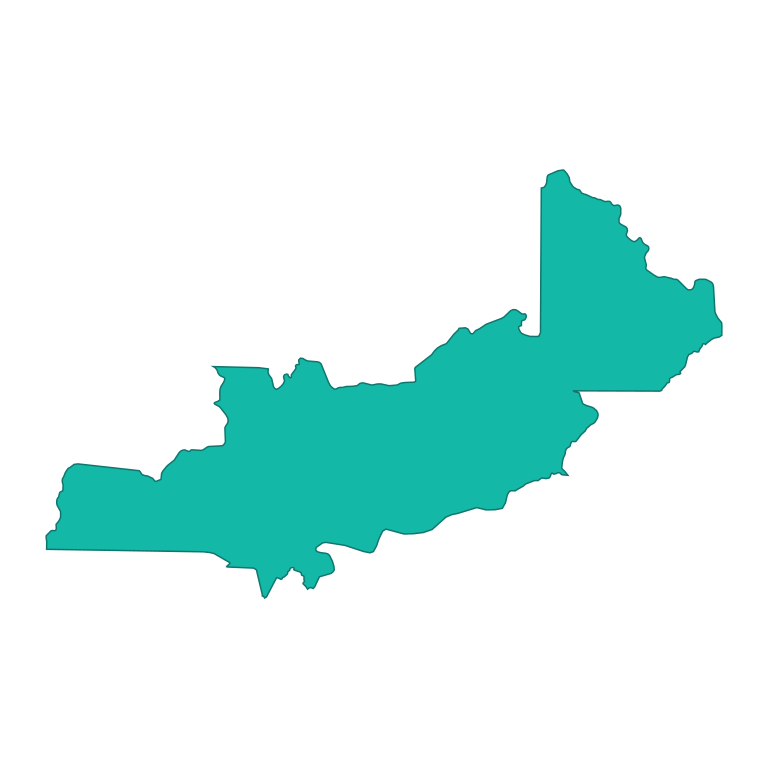 outline of Central
{"feature_id": "ZMB-516", "entity_name": "Central", "entity_type": "Province", "adm_level": 1, "iso_a3": "ZMB", "parent_name": "Zambia", "parent_adm1": "", "projection": "orthographic", "projection_center": [28.771, -13.872], "detail": "fine", "context": "isolated", "style": "filled", "palette": "teal", "viewbox_px": 768, "rotation_deg": 0, "n_neighbors": 0, "source": "natural_earth", "source_scale": "10m", "svg_char_len": 6086}
<svg xmlns="http://www.w3.org/2000/svg" viewBox="0 0 768 768"><path d="M537.1,336.5L538.8,336.2L540.5,332.6L541.3,188.0L543.9,187.4L544.7,186.6L545.7,185.1L546.6,182.8L547.2,177.0L547.6,175.8L548.4,174.9L557.9,170.8L562.9,170.0L563.5,170.0L564.2,170.5L567.1,173.9L569.2,177.6L569.9,182.0L573.1,186.8L576.6,189.1L579.6,190.0L581.7,193.1L584.2,194.1L586.2,194.6L592.3,197.5L595.1,198.0L597.8,199.4L600.4,199.6L604.0,201.3L605.8,201.6L607.7,201.3L609.7,201.4L610.8,202.4L612.0,204.4L613.7,205.5L614.4,205.6L617.5,205.0L618.8,205.3L620.0,206.2L620.8,208.4L620.7,214.3L620.3,215.7L619.0,218.5L619.0,221.8L619.4,222.9L620.6,224.1L625.9,227.0L627.1,228.5L627.5,230.9L626.4,234.0L626.4,235.9L628.5,238.2L631.6,240.7L634.2,241.8L636.7,240.5L639.0,238.0L640.0,237.7L641.1,238.5L642.5,242.0L643.3,243.2L645.4,244.8L647.5,245.8L648.5,246.8L648.8,247.9L648.7,249.5L648.2,250.7L646.0,253.3L644.4,257.3L646.3,265.0L645.8,268.4L646.1,269.3L646.9,270.1L653.7,274.9L657.9,277.3L659.9,277.4L664.2,276.7L671.0,278.2L674.0,279.3L676.9,279.4L678.3,280.5L686.5,288.7L688.0,289.8L690.8,289.8L692.3,289.1L693.4,287.7L694.5,285.0L695.0,281.4L695.8,280.6L699.1,279.3L704.7,279.3L706.1,279.5L710.5,281.7L712.0,282.8L712.4,283.3L713.1,284.8L713.5,286.6L714.9,311.5L715.6,313.7L717.7,317.9L721.6,322.6L721.9,325.8L721.8,335.3L719.3,337.0L714.0,338.1L711.5,339.5L707.0,343.0L705.5,344.5L704.7,343.9L703.7,343.7L702.8,344.0L701.9,346.4L699.8,349.0L698.7,351.8L697.2,352.0L694.3,351.3L693.3,351.7L691.9,353.3L688.9,354.6L687.5,356.8L685.5,365.1L684.8,366.7L680.0,371.7L680.6,373.5L679.4,374.3L676.2,374.7L672.0,377.4L670.5,377.8L669.6,378.7L669.6,380.5L669.2,382.4L666.7,383.2L666.7,383.7L664.8,386.3L662.2,388.9L661.7,390.3L660.6,390.9L659.5,391.1L573.5,390.8L573.5,391.2L574.5,391.7L578.6,392.6L579.2,393.0L582.6,403.3L583.1,404.0L586.6,405.6L591.8,407.2L593.5,408.0L596.5,410.6L597.8,413.1L598.1,415.0L597.8,416.8L597.3,418.3L594.8,422.3L593.6,423.3L590.7,424.8L588.2,427.1L586.7,428.1L585.3,430.9L581.3,434.5L576.1,441.2L574.9,441.7L572.8,441.4L571.7,441.7L570.8,443.5L570.1,446.0L569.5,446.7L567.4,447.9L566.2,449.1L565.5,451.1L565.2,453.6L564.5,455.6L563.3,457.9L562.4,462.1L561.7,467.9L562.3,469.1L564.6,471.2L567.9,475.3L562.3,474.8L561.2,474.3L560.2,473.1L559.1,472.7L557.7,472.8L555.8,473.7L553.7,474.2L552.2,473.1L551.7,473.3L551.1,474.1L550.0,476.9L549.3,477.8L548.7,478.1L546.0,478.6L542.3,478.0L541.5,478.1L538.1,480.6L534.4,480.6L525.6,484.0L523.4,486.0L516.9,489.7L515.4,490.8L511.1,490.7L509.3,491.6L507.8,493.9L507.2,495.3L505.5,502.7L502.4,508.3L495.1,509.7L486.1,509.9L476.8,507.6L457.4,513.5L451.8,514.6L445.8,517.2L432.1,529.5L423.4,532.5L413.7,533.7L404.1,534.0L385.9,529.1L382.7,531.1L379.2,538.2L376.4,546.2L373.4,551.6L370.0,552.8L363.6,551.5L345.0,545.4L326.2,542.4L323.4,542.7L322.4,543.1L316.9,546.9L315.9,548.2L315.7,549.3L316.4,551.0L317.9,551.9L320.5,552.6L326.4,553.4L328.1,554.1L329.5,555.4L332.3,561.0L333.9,566.2L334.2,569.8L334.0,570.5L333.0,571.8L331.1,573.4L319.4,576.8L314.7,586.8L313.2,588.5L311.3,587.7L309.4,587.7L307.6,589.2L305.8,586.5L303.1,583.8L303.2,582.8L304.6,581.3L304.0,580.0L304.0,576.5L303.7,576.0L301.9,575.3L301.5,574.9L301.2,573.0L300.3,572.1L294.1,570.0L293.8,569.4L294.1,568.4L293.8,567.8L293.1,567.5L291.5,567.6L290.1,568.5L289.6,570.5L288.2,571.3L287.9,571.7L287.5,573.6L286.9,574.6L284.3,576.8L282.7,577.5L281.9,579.0L280.9,579.3L279.2,578.4L277.1,577.7L276.5,577.8L266.5,596.9L264.6,598.0L263.5,596.3L262.3,596.0L262.3,594.6L256.4,569.8L253.6,568.1L227.8,567.0L226.7,566.7L227.2,565.9L229.8,563.6L229.9,562.9L228.7,562.0L214.0,553.5L209.6,552.5L203.2,551.8L46.6,549.3L46.7,541.5L46.1,537.3L46.3,535.6L51.1,530.8L52.2,530.5L54.9,530.7L55.8,530.1L56.3,528.7L56.1,524.3L58.1,522.0L59.6,519.6L60.6,517.2L60.6,511.6L57.1,505.2L56.7,503.2L56.7,500.9L57.2,498.9L58.7,496.7L59.6,492.9L60.3,492.0L62.6,490.9L62.9,490.3L63.1,484.7L62.4,482.4L62.2,480.6L62.5,478.8L63.7,476.7L65.4,472.5L67.3,469.5L68.4,468.2L70.1,467.4L74.1,464.4L78.0,463.9L139.2,470.7L140.3,471.9L141.9,474.5L144.8,475.6L147.6,476.0L152.6,478.3L154.9,481.1L156.0,481.4L161.0,479.4L161.6,473.5L162.8,471.1L167.3,465.7L174.3,460.1L178.8,453.1L179.8,451.9L181.2,450.8L182.9,450.1L184.8,449.9L188.0,451.2L189.4,451.4L190.0,451.1L190.8,450.1L192.0,449.8L201.2,450.4L203.2,449.8L207.1,447.1L208.7,446.5L222.3,445.8L224.2,444.1L224.7,443.5L225.4,441.7L224.9,427.8L225.6,426.3L227.8,422.8L228.1,420.8L227.8,418.2L225.9,414.7L220.4,407.7L219.1,406.5L214.9,404.2L214.2,403.3L214.8,402.5L218.1,401.2L219.7,400.1L219.9,399.0L219.8,391.7L220.2,388.7L221.1,386.2L223.3,382.8L224.4,380.5L224.8,378.5L224.2,377.6L220.8,376.0L219.4,375.0L218.1,373.2L217.2,370.4L216.6,369.4L215.2,367.7L213.4,366.6L258.7,367.7L268.3,368.9L268.0,372.2L269.0,375.0L271.6,378.4L273.6,386.9L274.6,388.2L276.1,389.4L278.1,388.6L281.1,386.3L283.5,383.4L284.6,380.6L283.8,378.2L283.6,376.5L284.2,375.1L285.2,374.5L286.6,374.1L287.8,374.4L288.6,376.3L289.9,377.6L290.7,377.7L291.3,377.2L291.4,374.7L294.9,370.0L295.9,368.4L296.0,367.6L295.5,366.2L295.9,365.2L296.6,364.7L299.0,364.4L299.2,362.9L298.7,361.5L298.7,360.0L300.4,358.2L303.0,358.5L305.5,360.1L307.9,361.0L317.3,361.8L319.5,362.4L321.1,363.9L328.6,382.5L329.7,384.6L331.1,386.6L333.4,388.5L334.6,389.1L336.1,389.1L338.0,387.9L339.7,387.4L342.7,387.4L346.3,386.5L352.5,386.3L356.4,385.8L357.5,385.4L359.8,383.5L361.9,382.9L363.7,383.0L372.0,385.1L377.2,384.0L380.8,383.9L389.1,385.7L396.3,385.1L397.6,384.8L400.6,383.2L405.0,382.5L413.9,382.2L415.1,381.7L415.7,381.1L414.8,368.5L415.3,367.4L431.6,354.8L434.4,351.0L437.6,347.9L441.4,345.6L445.8,343.9L446.7,343.3L453.8,334.3L458.2,330.0L459.1,328.3L465.4,327.8L467.9,329.0L470.6,333.5L472.3,333.8L473.5,333.2L475.6,330.6L479.6,328.7L486.1,324.3L501.8,318.3L504.1,316.9L510.6,310.7L513.2,309.6L515.8,309.8L517.8,310.9L521.8,313.9L523.2,314.1L525.0,313.8L526.0,315.0L526.3,316.2L526.1,317.4L525.1,319.4L524.3,320.0L522.3,320.5L521.5,321.3L521.4,325.6L519.6,326.2L518.7,326.8L518.7,328.4L519.2,329.7L520.5,332.2L521.4,333.1L523.1,334.1L525.5,335.1L530.0,336.4L537.1,336.5Z" fill="#14b8a6" stroke="#0f766e" stroke-width="1.5"/></svg>